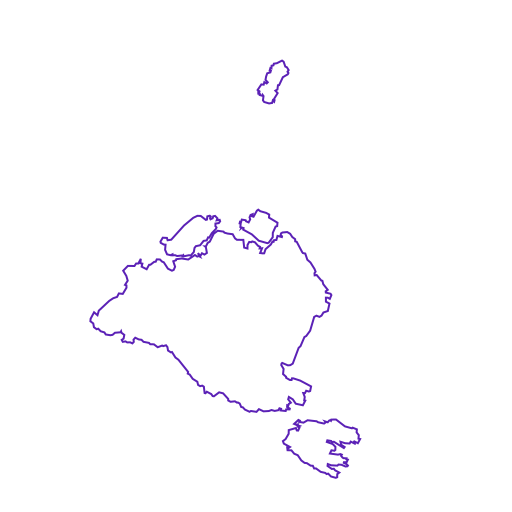 Nøtterøy nor, Norway (Natural Earth projection), rotated 284°
{"feature_id": "86288312B41370900035863", "entity_name": "Nøtterøy nor", "entity_type": "district", "adm_level": 2, "iso_a3": "NOR", "parent_name": "Norway", "parent_adm1": "", "projection": "natural_earth1", "projection_center": [10.404, 59.202], "detail": "fine", "context": "isolated", "style": "outline", "palette": "violet", "viewbox_px": 512, "rotation_deg": 284, "n_neighbors": 0, "source": "geoboundaries", "source_scale": "gbopen_adm2", "svg_char_len": 6089}
<svg xmlns="http://www.w3.org/2000/svg" viewBox="0 0 512 512"><g transform="rotate(284 256 256)"><path d="M162.2,112.5L155.1,110.7L152.6,111.1L151.2,114.4L147.7,116.0L146.4,119.1L147.3,120.5L145.4,123.5L145.2,127.4L143.5,129.2L143.9,133.9L144.8,135.9L147.4,137.7L149.2,143.0L150.3,143.3L149.0,144.0L147.6,147.3L143.8,147.5L142.1,146.0L140.5,147.5L141.6,150.1L141.0,151.9L141.8,154.8L141.3,157.2L143.1,158.2L145.2,157.4L147.5,158.6L146.7,162.4L147.0,165.2L145.5,167.6L145.8,173.2L144.8,174.7L145.6,178.3L143.7,182.7L146.4,186.6L146.1,187.7L147.6,190.3L146.2,192.1L143.0,193.5L141.9,196.7L142.5,197.7L138.0,202.4L136.6,205.8L127.1,218.2L125.4,218.2L124.9,220.4L121.5,224.3L119.8,229.5L116.9,231.0L116.2,233.3L117.2,235.2L116.6,237.0L110.6,239.3L110.6,240.2L112.4,241.1L111.2,246.0L109.6,247.8L109.7,249.1L114.8,253.2L114.8,257.3L110.6,263.6L109.1,264.0L108.4,266.6L109.9,270.7L109.1,273.1L109.5,273.8L108.9,275.9L105.9,278.2L106.0,279.8L104.3,282.4L103.3,287.4L104.4,288.6L104.9,294.2L108.1,295.9L107.1,300.9L108.7,306.0L110.3,308.3L110.2,311.6L111.8,315.0L113.9,315.6L113.8,317.3L112.1,317.3L112.8,322.3L114.5,322.4L115.3,325.7L116.1,325.7L117.0,322.7L118.8,322.4L118.7,323.5L120.4,323.6L122.1,325.3L124.7,321.9L127.2,322.0L125.8,326.4L122.3,330.3L122.5,337.6L127.6,338.8L127.6,337.7L131.0,337.4L134.5,335.0L134.8,336.7L137.4,337.3L137.3,340.1L138.1,341.2L142.8,341.0L145.8,329.0L146.3,321.7L146.0,320.5L144.3,320.5L143.9,318.8L145.1,314.7L146.1,314.4L148.0,310.8L153.1,310.1L156.3,306.9L157.8,306.8L158.6,307.3L157.6,313.4L158.4,315.7L160.5,317.7L177.2,319.6L179.3,321.0L189.1,322.6L190.5,324.1L196.6,326.6L211.0,327.2L212.7,329.1L212.3,332.3L214.0,334.0L217.5,335.1L220.0,339.0L227.6,338.8L228.6,334.9L232.5,333.9L232.9,335.8L232.3,338.0L236.3,338.6L237.4,337.5L237.4,332.6L238.6,332.2L240.5,333.8L244.9,328.1L248.0,326.4L248.0,325.3L252.2,319.5L251.4,317.6L253.5,316.9L255.2,317.6L257.6,315.9L262.9,310.4L264.8,306.7L270.3,303.2L270.2,300.8L270.9,299.9L279.6,292.1L279.7,290.5L281.8,289.9L283.2,286.6L285.8,283.8L286.8,280.5L285.2,276.0L284.0,274.8L282.3,274.8L281.4,276.5L280.6,276.5L280.7,272.0L276.5,271.9L275.7,269.7L274.0,269.6L274.0,268.5L270.7,267.6L264.9,263.6L260.6,263.3L260.2,262.1L259.9,259.3L265.0,260.0L264.2,257.7L265.9,257.7L266.4,255.5L269.1,251.6L269.2,248.8L268.3,248.2L268.0,246.0L264.6,245.1L261.2,245.9L261.3,242.5L268.6,239.8L267.1,233.6L268.0,231.4L271.5,228.1L270.9,223.0L271.0,219.7L271.8,218.6L271.2,212.7L267.4,209.6L258.8,207.7L256.9,205.9L253.2,205.1L253.0,204.2L252.5,205.2L247.1,207.6L244.9,205.6L245.6,202.9L242.8,202.1L244.7,198.9L241.8,201.7L242.1,200.4L241.2,199.1L242.2,196.5L236.2,191.1L235.6,184.5L233.6,179.4L232.5,179.4L230.9,177.0L226.0,180.1L222.6,179.5L221.4,178.0L222.4,173.6L227.6,168.0L227.8,166.3L229.4,163.6L228.7,160.5L226.2,160.1L225.7,158.6L222.0,155.7L221.6,154.4L216.7,153.1L218.0,147.6L221.1,147.6L221.0,145.6L225.4,144.9L220.2,143.6L219.7,141.5L216.9,140.5L215.4,134.1L209.6,130.7L205.3,135.0L201.0,137.5L196.3,135.9L196.1,137.4L193.9,138.0L187.0,135.9L186.5,132.0L182.7,131.1L180.5,127.7L177.0,124.5L165.0,116.7L160.2,116.5L162.2,112.5ZM82.9,326.9L80.7,328.4L78.9,335.2L77.4,333.9L77.5,332.7L75.2,333.6L76.0,337.4L73.4,340.9L72.8,344.7L68.6,349.4L67.0,353.2L67.3,355.5L65.8,359.7L66.2,361.9L63.9,363.8L64.4,365.6L62.2,371.0L62.3,375.6L61.5,377.3L62.3,378.7L60.2,382.1L60.1,387.1L61.0,388.3L64.0,387.6L66.0,389.2L67.2,384.5L68.4,383.0L67.7,381.1L69.6,376.2L71.5,376.0L71.1,379.5L72.3,385.7L73.6,386.5L74.1,389.4L73.4,393.8L74.1,395.6L74.9,395.9L76.0,394.1L76.5,391.2L77.2,391.2L77.8,393.8L80.6,394.4L80.6,392.9L81.6,392.8L81.0,389.7L81.5,388.5L82.7,386.9L84.0,387.3L84.2,385.8L83.1,383.6L82.2,375.5L85.7,376.2L86.0,379.2L87.0,379.9L90.1,379.2L92.1,375.9L92.7,369.7L94.4,369.8L94.7,373.7L93.8,374.8L94.6,376.5L90.9,387.7L92.1,388.2L93.5,384.3L96.2,382.9L95.9,387.7L96.7,392.2L98.8,392.8L97.8,397.3L98.6,397.3L98.7,395.6L99.9,396.2L99.0,400.1L103.6,401.3L103.6,399.6L107.0,399.1L109.2,396.3L112.2,395.8L112.8,391.3L112.0,390.8L112.2,383.5L116.7,373.2L115.5,368.7L114.2,368.6L114.6,367.6L114.0,366.8L112.0,365.8L112.2,363.0L111.5,363.9L109.9,362.6L109.7,356.4L110.3,354.8L109.1,345.8L105.8,342.4L105.5,338.1L106.8,338.4L107.2,336.8L102.3,333.6L102.0,335.5L102.7,337.2L101.8,337.0L101.6,339.5L100.4,338.2L99.9,339.7L96.8,339.1L96.6,337.8L98.7,336.3L95.0,329.9L91.4,330.7L85.5,329.0L82.9,326.9ZM252.0,165.2L251.2,161.1L246.8,159.8L245.7,160.4L244.8,163.8L245.1,165.5L240.0,166.3L236.1,169.3L236.1,172.9L237.4,174.5L236.4,174.7L237.2,177.3L236.9,179.5L238.5,183.8L238.1,184.3L239.2,185.2L238.1,185.7L240.6,190.9L240.6,192.5L244.8,194.7L249.0,194.4L251.0,195.3L252.9,199.2L258.0,201.5L259.2,204.4L262.5,205.0L262.5,206.1L267.5,207.6L272.5,210.5L274.2,210.8L275.1,209.4L277.7,208.8L278.9,211.9L281.0,212.8L282.3,212.0L281.1,209.2L283.2,209.5L285.0,206.6L284.2,204.9L282.1,204.8L280.6,203.0L281.6,202.2L283.4,202.5L283.9,201.4L282.7,199.2L279.5,199.6L278.9,198.6L281.5,192.7L280.8,189.4L277.9,185.9L268.2,178.8L251.3,169.8L249.9,166.4L252.0,165.2ZM288.2,237.3L287.9,233.4L285.4,233.3L285.4,232.2L283.7,232.2L283.7,233.3L280.3,233.8L280.2,235.0L279.4,234.9L280.2,235.5L280.1,237.2L278.5,237.2L276.0,246.7L271.5,255.0L271.2,264.0L272.0,265.1L278.3,267.7L282.6,266.7L289.3,267.9L290.1,269.3L293.5,268.8L296.4,259.3L299.4,258.8L300.3,255.4L300.5,249.3L301.5,247.0L300.2,245.9L293.5,244.1L293.6,242.4L295.7,242.5L294.5,240.8L291.9,240.4L290.2,241.5L286.8,240.7L287.3,237.9L288.2,237.3ZM423.8,219.7L417.5,217.4L416.6,219.6L415.7,219.6L415.8,218.5L414.0,219.0L414.0,220.7L413.1,220.7L413.0,223.5L413.9,223.5L413.0,224.6L408.7,225.1L407.4,226.7L407.2,231.8L408.4,234.6L411.0,234.7L410.1,236.3L411.7,236.3L411.8,235.2L419.3,237.6L421.1,234.8L422.8,236.5L427.0,236.0L427.4,237.1L436.0,238.8L440.0,242.9L441.4,243.2L442.4,242.0L444.3,242.7L446.6,240.3L446.9,238.6L451.2,235.8L451.9,234.0L448.1,229.6L446.9,226.8L445.2,226.8L444.4,225.1L441.8,225.6L441.9,224.5L439.3,224.4L439.3,225.6L437.6,225.5L436.0,222.7L432.6,222.4L429.2,222.6L427.4,225.4L426.0,224.6L426.7,222.0L424.1,222.0L423.8,219.7Z" fill="none" stroke="#5b21b6" stroke-width="2"/></g></svg>